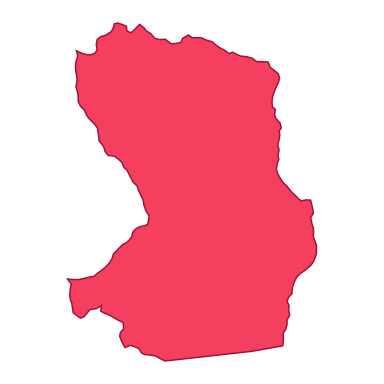 the district of Auriflama, São Paulo, Brazil
{"feature_id": "56859067B77500950305904", "entity_name": "Auriflama", "entity_type": "district", "adm_level": 2, "iso_a3": "BRA", "parent_name": "Brazil", "parent_adm1": "São Paulo", "projection": "orthographic", "projection_center": [-50.592, -20.639], "detail": "fine", "context": "isolated", "style": "filled", "palette": "rose", "viewbox_px": 384, "rotation_deg": 0, "n_neighbors": 0, "source": "geoboundaries", "source_scale": "gbopen_adm2", "svg_char_len": 2423}
<svg xmlns="http://www.w3.org/2000/svg" viewBox="0 0 384 384"><path d="M139.6,24.4L135.7,28.4L131.1,32.8L126.9,30.9L126.4,26.1L122.5,24.7L117.8,23.0L114.4,23.8L113.3,27.9L111.2,31.7L105.7,35.2L100.9,36.6L97.2,39.4L96.3,44.4L97.1,49.8L95.2,53.0L90.3,55.0L84.4,54.2L80.4,52.6L76.4,50.8L77.8,56.0L75.9,62.2L75.4,67.0L75.9,71.8L77.0,77.1L77.0,81.1L76.0,86.7L77.7,92.7L78.2,96.9L78.3,102.0L80.6,106.3L84.5,110.2L86.3,114.6L88.7,118.2L94.4,124.0L97.4,127.8L98.4,134.1L99.0,140.5L103.6,146.6L105.1,151.5L108.1,155.4L114.4,156.2L117.8,158.6L121.9,162.4L124.0,167.4L127.2,170.6L129.7,175.5L133.1,182.2L137.1,185.9L138.5,190.3L140.6,194.7L143.0,199.5L143.9,205.0L145.7,210.3L149.2,216.1L147.8,224.2L144.6,225.8L140.1,226.6L135.6,229.0L132.9,232.0L131.5,237.1L128.9,240.4L126.3,242.7L122.8,244.4L119.3,247.9L113.5,253.9L111.9,258.9L109.3,263.1L105.0,267.5L101.5,270.5L98.4,272.5L94.0,276.3L88.2,277.3L83.0,278.7L78.4,279.6L73.1,279.5L67.5,279.0L71.3,284.1L70.3,288.7L69.7,295.4L70.3,299.2L71.8,303.4L73.2,312.8L80.4,318.1L84.0,316.8L89.9,309.6L96.6,308.5L101.3,305.6L100.9,311.3L104.5,313.2L108.5,314.6L118.3,320.3L123.1,322.5L123.7,328.7L120.5,332.3L119.7,336.4L122.5,343.1L125.0,347.5L130.4,345.4L135.0,346.8L138.8,348.6L141.4,352.8L144.6,354.6L150.0,355.0L155.6,356.0L159.8,358.4L165.0,361.0L251.9,351.3L282.8,345.8L283.3,340.7L283.3,332.9L285.7,329.5L287.1,324.2L287.0,320.1L289.7,315.3L288.7,310.2L289.0,305.4L287.1,301.6L288.4,297.6L291.9,293.6L292.4,287.5L294.5,281.4L297.1,276.5L301.0,273.1L305.8,269.7L311.1,265.0L313.8,261.1L316.4,254.0L316.5,245.4L315.0,241.4L313.3,236.6L313.6,232.8L313.5,228.5L312.0,224.0L310.7,217.5L313.3,213.5L312.6,208.0L310.6,200.1L306.2,199.9L301.1,200.9L298.0,198.3L294.5,194.7L291.9,192.3L286.7,186.0L282.9,182.4L279.4,176.9L277.5,173.0L276.4,169.0L277.2,163.7L278.8,159.6L278.0,155.3L279.1,150.1L277.8,144.5L279.4,138.5L279.8,134.8L279.2,131.2L281.3,127.9L280.0,123.0L275.9,118.5L274.6,114.8L275.4,109.4L272.4,107.0L272.0,101.6L272.8,95.8L274.4,91.5L275.8,87.8L278.2,82.9L279.6,78.1L278.2,73.6L270.1,67.2L268.1,62.0L261.5,61.7L256.7,61.7L252.6,58.4L247.0,56.8L240.4,56.0L236.6,54.3L232.6,52.3L228.9,53.6L224.4,50.1L219.4,47.6L215.1,44.4L212.4,41.8L208.7,40.8L205.1,39.7L202.0,38.0L197.9,37.6L192.1,37.8L188.4,35.0L182.7,38.3L180.7,42.6L175.9,43.4L171.2,43.8L165.2,39.2L159.8,39.6L154.9,38.4L150.8,33.7L146.0,30.6L143.9,27.8L139.6,24.4Z" fill="#f43f5e" stroke="#9f1239" stroke-width="1.5"/></svg>